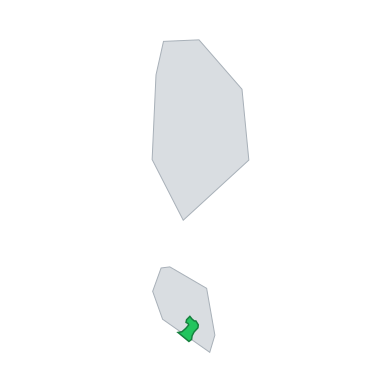 Għasri on a map of Malta (orthographic projection), rotated 228°
{"feature_id": "MLT-5976", "entity_name": "Għasri", "entity_type": "state/province", "adm_level": 1, "iso_a3": "MLT", "parent_name": "Malta", "parent_adm1": "", "projection": "orthographic", "projection_center": [14.227, 36.06], "detail": "fine", "context": "in_parent", "style": "filled", "palette": "green", "viewbox_px": 384, "rotation_deg": 228, "n_neighbors": 0, "source": "natural_earth", "source_scale": "10m", "svg_char_len": 613}
<svg xmlns="http://www.w3.org/2000/svg" viewBox="0 0 384 384"><g transform="rotate(228 192 192)"><path d="M323.0,271.6L300.4,299.0L234.9,297.9L177.7,255.6L176.9,166.6L242.8,184.1L303.1,243.6L323.0,271.6ZM151.2,125.4L110.6,138.4L70.3,113.2L61.0,97.9L117.1,85.0L144.5,96.3L156.2,118.2L151.2,125.4Z" fill="#d9dde1" stroke="#a8b0b8" stroke-width="1"/><path d="M83.0,89.7L97.0,87.6L94.9,91.0L94.8,96.1L95.4,100.5L96.8,101.1L99.1,100.3L100.7,102.5L101.0,107.2L97.6,107.0L94.6,107.4L93.6,108.6L89.1,107.8L87.1,105.5L86.6,99.9L85.1,95.9L82.7,93.0L83.0,89.7Z" fill="#22c55e" stroke="#15803d" stroke-width="1.5"/></g></svg>